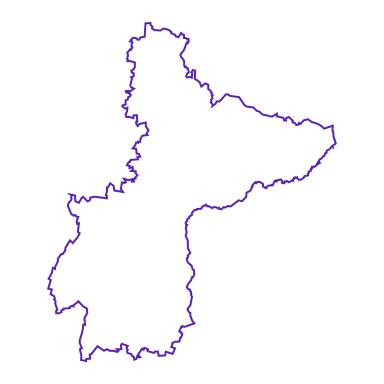 outline of Planeta Rica, Córdoba, Colombia
{"feature_id": "7082276B80590541322952", "entity_name": "Planeta Rica", "entity_type": "district", "adm_level": 2, "iso_a3": "COL", "parent_name": "Colombia", "parent_adm1": "Córdoba", "projection": "albers", "projection_center": [-75.58, 8.302], "detail": "fine", "context": "isolated", "style": "outline", "palette": "violet", "viewbox_px": 384, "rotation_deg": 0, "n_neighbors": 0, "source": "geoboundaries", "source_scale": "gbopen_adm2", "svg_char_len": 5936}
<svg xmlns="http://www.w3.org/2000/svg" viewBox="0 0 384 384"><path d="M70.2,194.5L71.2,195.4L71.5,199.5L68.3,203.6L67.9,205.9L71.4,214.4L72.6,214.5L73.5,215.7L75.5,215.1L76.2,216.5L78.3,217.0L76.9,220.3L76.9,223.1L77.1,223.9L78.9,223.3L77.9,232.0L79.7,233.3L77.4,237.5L72.8,243.1L70.0,240.4L65.4,247.9L65.3,250.3L62.7,254.2L61.5,254.0L59.8,255.9L57.8,259.0L58.0,260.9L54.9,267.6L55.0,268.8L52.9,267.9L51.9,272.7L48.6,278.8L50.8,280.1L48.2,288.6L51.8,289.5L50.7,294.3L54.2,296.2L54.8,298.6L54.1,299.3L55.6,301.4L55.2,303.5L57.3,309.8L56.1,310.9L56.2,313.2L58.6,313.3L61.4,312.2L61.4,310.5L63.4,309.6L63.5,308.6L69.8,308.2L69.7,307.0L72.3,305.7L73.6,306.4L73.7,305.2L78.5,301.3L83.0,306.3L86.8,308.4L87.3,312.9L84.4,318.2L85.1,324.8L83.2,324.7L82.6,330.6L79.8,340.2L79.7,342.7L81.8,348.3L79.9,349.2L81.4,355.7L81.1,360.0L86.0,361.0L86.3,358.9L90.1,358.7L89.7,354.5L91.3,354.2L97.5,346.2L103.9,350.7L107.1,349.2L109.5,350.7L114.0,350.9L117.1,352.0L118.4,350.9L116.8,349.3L121.4,349.2L120.9,345.4L121.9,343.8L127.8,346.0L126.6,347.7L126.8,349.2L127.7,349.6L127.1,351.5L127.5,353.0L131.4,354.1L131.9,355.8L133.8,356.9L134.3,359.7L136.2,359.0L137.3,356.1L138.7,357.3L140.1,357.2L138.1,354.8L141.9,348.7L143.6,349.7L144.4,347.8L148.0,349.2L147.3,350.6L148.1,351.3L154.0,352.9L155.3,351.4L158.0,351.7L158.6,355.8L165.1,355.4L165.8,351.7L172.6,353.9L175.0,348.3L171.3,347.0L172.5,344.2L172.3,343.0L175.2,341.7L179.4,341.6L180.3,337.7L181.0,337.7L182.3,334.2L181.3,333.5L181.4,332.4L179.3,331.4L181.4,326.5L182.4,326.8L182.8,326.1L184.3,326.9L194.4,323.4L192.2,320.7L190.2,315.2L190.4,313.1L189.1,312.3L187.4,309.2L190.4,305.0L192.0,296.8L191.1,294.8L191.1,291.9L190.1,291.0L190.0,289.7L188.3,289.2L186.8,287.2L188.1,283.9L191.0,280.3L192.1,277.1L193.0,277.1L194.3,274.3L194.0,270.3L192.7,269.4L191.6,265.7L187.8,262.4L186.7,258.6L188.1,257.1L187.6,255.6L190.3,252.9L187.9,248.3L187.8,240.8L185.7,235.6L186.6,232.3L185.8,227.6L187.0,224.9L186.1,224.8L185.6,222.6L187.2,221.0L187.1,219.4L189.0,218.1L189.3,216.5L191.9,215.1L191.8,213.1L194.5,210.0L196.7,209.8L197.0,209.0L201.1,208.8L202.4,206.6L204.5,205.4L205.4,205.7L205.9,204.7L208.0,206.5L208.9,206.2L212.3,208.2L213.4,207.2L215.8,207.2L218.4,208.5L219.1,207.9L219.4,208.9L221.4,209.3L223.7,207.1L225.3,207.6L227.9,205.9L229.6,206.5L231.2,206.0L238.7,200.3L241.8,201.2L246.1,197.2L246.6,192.7L250.6,190.5L251.9,186.7L252.6,186.6L252.5,185.2L254.8,182.6L255.3,183.0L255.9,182.3L256.5,182.9L257.1,182.1L259.6,181.8L263.1,184.0L262.9,186.4L265.9,188.2L266.6,188.0L266.5,186.8L268.4,185.6L270.7,185.6L271.5,184.8L272.7,185.3L274.7,180.9L275.9,181.5L276.3,180.6L276.9,181.2L277.7,180.2L280.7,179.4L282.3,181.0L281.9,182.7L284.2,183.3L284.9,181.3L286.1,181.7L287.2,181.1L289.0,182.3L291.5,180.8L293.0,180.8L292.7,179.8L293.9,179.3L293.7,178.2L295.0,177.3L295.6,177.9L296.9,177.4L296.8,178.1L299.2,179.8L300.9,179.7L304.1,177.3L304.4,176.2L308.0,175.4L308.0,173.9L309.1,172.3L308.7,171.6L310.9,170.7L310.7,169.2L311.5,168.9L311.9,167.2L312.6,167.7L313.2,166.6L314.3,166.8L316.9,164.9L317.0,163.6L318.0,163.6L317.9,162.1L318.6,163.6L319.6,163.1L318.6,162.2L319.2,161.9L318.6,161.3L319.4,159.6L321.4,158.5L323.1,156.3L324.2,156.1L325.5,152.8L326.4,153.0L326.9,150.4L329.2,149.5L332.1,146.2L332.7,146.8L332.5,145.8L335.8,143.5L333.7,137.2L333.1,131.4L332.4,130.9L332.8,125.7L324.0,128.6L321.8,126.3L317.6,123.8L311.8,122.0L308.1,119.3L304.0,120.2L300.4,123.9L299.0,123.0L298.6,124.5L296.4,125.1L295.0,123.2L292.4,122.1L292.7,120.6L288.9,117.0L286.1,118.2L286.0,120.6L284.0,120.3L283.4,117.8L276.9,116.3L276.9,113.7L272.0,116.6L262.5,114.5L259.3,111.6L256.9,110.9L253.3,107.4L247.2,106.7L244.6,105.3L239.1,97.2L230.0,95.8L228.1,94.4L225.9,94.4L219.8,101.3L216.6,101.5L215.5,103.8L212.5,105.9L213.0,104.7L210.8,102.5L211.4,101.6L210.9,100.0L212.5,98.4L212.0,96.0L212.6,95.2L211.6,94.8L211.8,92.6L210.6,91.9L210.5,90.6L208.3,89.2L208.2,84.7L205.3,83.4L201.4,86.6L199.6,82.1L194.8,78.8L195.1,70.5L192.8,70.1L191.4,72.3L192.2,72.9L191.8,77.7L189.9,76.8L187.3,77.6L186.1,76.3L187.2,73.4L188.6,72.8L188.7,71.3L187.9,68.4L187.1,68.5L186.0,66.7L185.0,67.1L184.3,65.9L184.0,60.6L181.1,56.9L180.4,54.5L184.0,50.0L186.3,43.7L187.5,43.5L187.0,42.3L188.7,41.7L188.4,38.9L187.2,39.3L186.3,38.2L183.9,37.9L184.0,34.9L182.2,34.3L181.2,33.0L178.4,37.2L175.6,36.3L175.3,35.1L171.1,33.0L171.2,31.8L168.7,29.9L163.6,28.5L160.5,30.5L154.6,30.1L152.0,28.5L152.4,26.6L150.6,25.1L150.4,23.0L145.5,23.4L144.7,36.7L140.3,37.5L139.4,39.6L137.5,39.7L136.9,38.5L134.2,37.7L132.5,38.1L131.4,39.8L130.3,39.1L131.5,40.5L130.2,41.3L132.3,42.3L131.4,46.2L132.4,47.4L130.9,49.3L131.6,50.2L130.2,49.4L127.2,52.9L128.1,55.1L127.1,58.8L127.9,59.7L127.5,61.1L130.8,61.2L134.9,62.6L134.8,67.5L132.4,70.5L131.3,70.5L131.7,72.5L133.7,73.3L133.7,76.1L131.2,77.2L132.1,77.9L130.3,85.2L130.9,87.1L134.0,88.6L128.8,92.2L128.3,90.8L125.9,91.1L126.0,92.3L129.5,93.2L129.4,93.9L130.8,94.8L129.8,96.6L128.2,97.1L127.7,99.6L125.6,100.4L125.6,104.6L122.7,105.2L122.3,106.3L125.1,108.6L127.4,107.7L127.1,111.3L125.6,114.4L126.4,117.1L128.7,116.8L133.3,118.2L133.6,115.4L136.9,115.2L137.3,121.5L136.4,121.4L136.0,123.0L137.6,126.0L139.5,124.0L145.8,122.5L145.9,126.5L148.4,130.1L146.5,134.0L147.4,135.0L142.4,135.7L140.6,138.5L140.1,141.9L138.1,141.7L138.0,142.8L136.1,142.5L135.2,145.2L132.7,148.4L136.1,148.8L136.7,153.6L138.9,153.9L140.2,156.7L137.5,157.0L138.0,159.3L130.7,159.9L130.0,161.8L129.4,161.5L127.6,163.5L127.0,165.3L129.7,165.8L129.5,168.1L132.6,167.0L132.9,169.5L131.2,170.9L135.8,171.4L135.5,173.2L137.4,175.3L135.1,177.7L135.5,178.5L133.1,179.0L134.0,181.4L132.1,181.7L131.8,179.4L128.5,180.1L124.0,178.8L125.9,182.2L124.4,183.0L121.9,182.4L120.9,189.0L123.0,192.0L114.3,190.5L113.6,185.8L110.1,183.3L108.1,187.2L107.0,187.5L107.0,191.3L105.9,195.3L106.8,195.8L106.9,198.3L94.6,196.7L90.4,197.5L89.9,200.1L87.6,201.4L83.2,196.9L81.7,197.9L78.8,202.9L75.3,201.2L75.1,195.6L70.2,194.5Z" fill="none" stroke="#5b21b6" stroke-width="2"/></svg>